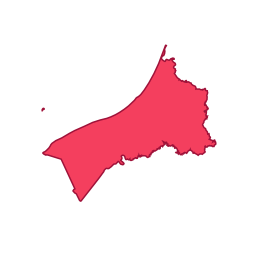 Tamiahua, Veracruz, Mexico (Robinson projection), rotated 225°
{"feature_id": "50627088B25417186263654", "entity_name": "Tamiahua", "entity_type": "district", "adm_level": 2, "iso_a3": "MEX", "parent_name": "Mexico", "parent_adm1": "Veracruz", "projection": "robinson", "projection_center": [-97.548, 21.34], "detail": "fine", "context": "isolated", "style": "filled", "palette": "rose", "viewbox_px": 256, "rotation_deg": 225, "n_neighbors": 0, "source": "geoboundaries", "source_scale": "gbopen_adm2", "svg_char_len": 5792}
<svg xmlns="http://www.w3.org/2000/svg" viewBox="0 0 256 256"><g transform="rotate(225 128 128)"><path d="M70.4,148.9L70.4,149.1L70.9,148.7L71.0,148.9L70.9,149.6L70.9,150.0L70.5,150.5L70.6,150.8L69.8,151.3L68.9,151.4L69.0,152.0L68.7,152.1L69.2,154.5L69.0,155.3L68.5,155.8L68.8,156.7L68.4,156.4L67.1,156.9L64.9,156.7L64.4,157.1L64.4,156.6L64.1,156.3L63.2,157.3L59.9,158.3L59.1,158.3L59.0,159.8L58.6,160.7L57.5,161.7L56.9,161.9L56.7,164.0L56.4,164.9L56.6,165.7L57.5,165.8L58.5,167.0L58.8,167.1L58.8,167.4L59.1,167.5L59.6,168.7L60.6,169.4L60.6,169.8L59.5,169.7L58.8,170.2L58.6,170.4L58.6,171.2L58.7,172.0L58.4,172.2L58.0,173.2L57.3,173.3L56.5,174.5L55.7,174.5L55.5,174.8L54.9,174.8L54.7,175.2L54.3,175.3L54.3,175.2L54.1,175.7L54.8,177.2L54.4,178.3L54.9,179.1L56.1,180.0L56.4,180.1L57.2,179.4L57.5,180.4L58.2,180.7L58.7,179.6L58.0,179.1L58.4,179.0L58.4,178.4L58.9,179.2L60.9,178.1L61.1,178.2L62.6,177.5L62.8,179.2L63.1,179.6L63.6,179.8L64.3,179.5L66.7,181.2L67.2,180.1L69.2,181.4L71.2,181.6L72.8,182.4L74.6,182.0L76.5,182.7L77.3,182.8L77.8,183.4L78.4,185.7L79.0,186.3L79.5,187.7L79.3,188.1L79.6,189.0L79.2,189.6L79.6,189.7L79.3,190.0L79.5,190.0L79.6,190.4L79.2,190.5L79.4,191.5L79.8,191.6L80.0,192.0L80.1,191.6L80.3,191.6L80.6,191.9L80.5,192.4L81.2,192.1L80.9,191.8L81.0,191.6L81.6,192.1L82.3,192.2L82.4,192.9L82.9,193.6L83.6,194.2L84.0,194.2L84.1,194.6L83.9,194.8L84.1,195.0L84.6,195.0L85.1,194.3L85.0,193.9L85.1,193.6L85.8,193.7L86.0,194.1L85.4,195.0L85.4,195.6L85.1,195.6L85.1,196.7L84.9,196.8L84.9,198.0L85.4,198.2L85.3,198.5L86.3,198.8L86.3,198.2L88.9,199.4L89.3,198.9L89.8,199.3L90.0,198.5L90.4,198.7L90.7,199.2L91.0,199.4L91.1,200.0L91.6,200.5L91.3,201.1L91.4,201.3L91.7,201.2L91.7,201.6L91.5,201.9L92.0,202.8L92.2,203.9L94.2,206.1L95.1,206.5L95.5,207.1L96.3,208.8L96.9,209.5L97.4,209.7L98.3,210.4L99.5,209.5L100.1,209.6L100.9,210.4L101.5,210.4L102.0,208.2L102.3,208.2L102.3,207.6L102.8,207.5L103.1,207.0L103.6,206.6L105.3,205.9L106.0,204.9L107.3,204.0L107.5,203.6L108.1,204.3L109.6,205.0L110.1,205.0L112.0,204.2L113.6,203.9L114.1,203.9L115.1,204.4L115.9,203.9L117.7,203.5L118.3,202.9L118.7,202.0L119.0,201.7L119.3,201.9L119.2,202.3L120.4,202.7L120.6,202.4L120.5,201.8L120.0,201.5L120.0,200.9L120.4,200.7L120.3,201.2L120.8,201.1L121.0,200.6L121.8,200.3L122.1,200.0L122.9,200.0L123.2,199.0L123.8,199.1L124.5,198.8L125.9,198.9L126.0,198.4L126.3,198.8L128.7,198.4L133.8,199.4L134.0,200.8L134.8,201.7L134.7,202.3L135.1,202.5L135.7,202.4L136.3,203.2L137.8,202.8L138.8,203.2L139.2,204.2L139.0,206.1L139.5,206.7L140.6,207.1L142.5,206.7L144.7,207.0L145.1,207.3L145.2,207.8L144.0,209.2L144.3,209.6L144.7,209.7L145.7,209.2L146.5,207.6L146.7,207.0L146.6,205.5L146.8,204.9L148.7,204.1L149.3,203.7L149.4,203.2L148.9,201.8L149.0,201.2L149.3,201.0L151.5,200.5L153.1,200.6L153.8,201.1L154.4,202.4L154.5,203.2L154.0,204.5L154.7,206.4L156.3,208.5L157.0,208.8L158.0,209.8L158.8,212.0L159.1,213.4L159.4,213.4L159.6,213.1L160.1,213.1L160.3,213.0L160.0,213.0L159.9,212.8L160.1,212.6L159.8,212.8L151.9,195.3L148.1,184.9L145.1,174.6L143.3,166.2L142.6,160.7L142.7,158.6L143.1,156.4L143.7,156.4L143.2,156.4L143.5,155.8L143.8,155.8L143.5,155.7L143.0,152.2L143.2,144.0L143.9,138.5L145.0,133.0L146.2,128.6L148.0,123.7L149.8,119.8L153.3,114.0L156.9,107.0L160.0,98.5L163.9,88.4L165.6,82.8L167.8,74.2L170.1,68.0L170.9,63.3L170.7,61.5L170.2,60.1L169.8,57.9L169.8,54.3L170.0,52.5L170.6,51.0L170.6,50.3L170.3,50.0L169.9,50.0L168.8,50.1L168.4,50.4L168.1,50.3L167.2,50.9L166.9,50.8L166.5,51.5L165.6,52.2L153.2,58.7L122.5,47.4L122.8,46.0L122.4,44.6L119.9,44.4L117.9,44.9L111.2,42.6L110.4,42.6L109.7,42.9L109.6,43.4L113.0,71.4L114.3,80.1L114.9,81.2L115.0,83.2L114.9,83.8L114.6,84.3L113.3,85.2L112.9,86.0L112.5,88.9L112.5,92.4L111.2,94.1L111.3,97.4L110.6,97.7L108.2,97.3L107.3,97.4L105.9,98.2L105.4,99.0L105.5,99.5L105.7,100.0L106.3,100.2L108.0,100.2L110.1,99.9L110.3,100.1L110.4,101.3L110.6,102.0L111.7,102.9L112.8,103.3L112.9,104.0L112.8,104.5L112.5,105.0L111.8,105.5L111.0,105.7L109.9,105.4L108.3,104.5L107.3,104.2L106.6,104.8L106.5,105.6L104.9,106.1L104.7,106.7L104.8,107.4L104.0,106.8L103.0,107.1L102.6,107.7L102.0,109.2L102.5,110.0L101.8,110.8L101.8,112.2L101.3,112.6L100.7,112.4L100.0,113.2L101.1,115.7L100.8,116.1L101.0,116.4L99.8,115.8L99.8,116.4L100.3,116.5L99.9,117.0L99.0,116.6L99.1,117.5L98.6,117.4L98.5,118.3L97.9,118.2L98.4,118.5L97.8,118.7L97.7,118.9L97.9,119.0L95.8,120.8L93.5,120.9L93.1,121.3L93.0,122.4L92.6,123.0L92.5,123.4L92.7,123.9L92.6,123.6L93.7,123.8L93.7,124.4L93.3,124.4L93.0,125.2L93.7,125.2L93.6,126.5L93.9,126.7L93.6,127.9L93.4,127.9L93.3,128.6L94.3,128.8L94.2,129.6L93.9,130.2L93.4,129.8L93.2,130.4L92.5,130.0L92.8,130.2L92.1,133.2L92.1,133.4L92.4,133.4L92.7,133.8L92.3,134.5L91.3,135.1L91.4,135.6L91.6,135.4L91.9,135.6L91.9,136.1L92.1,136.3L91.8,136.7L91.4,136.2L90.9,135.8L90.8,136.1L91.3,137.0L91.9,137.4L91.9,138.5L91.3,139.0L91.2,139.5L90.3,139.3L90.3,139.5L90.8,139.7L90.4,142.5L91.4,142.4L92.2,142.9L93.6,143.3L93.1,143.5L92.2,143.4L91.3,144.3L90.9,144.2L90.9,144.9L90.7,145.1L90.3,144.8L90.3,144.2L89.6,144.8L89.0,144.6L88.7,143.7L88.4,143.8L88.3,144.5L87.9,144.1L88.2,143.7L88.2,143.4L87.7,143.5L87.0,144.4L86.8,144.4L87.1,143.6L86.8,143.5L86.2,144.3L86.1,145.0L85.2,145.3L84.7,146.5L84.7,147.4L83.7,147.9L83.5,147.6L83.7,147.2L83.1,146.8L82.4,147.8L82.1,147.8L81.6,147.7L81.3,147.1L80.6,146.8L80.3,147.3L80.4,148.0L79.5,148.1L77.6,147.6L77.2,147.1L76.8,147.1L76.6,146.9L76.3,146.9L76.0,147.3L75.4,146.7L74.8,146.7L75.2,146.2L75.9,146.1L76.8,144.9L76.9,144.6L76.3,144.5L76.1,144.9L75.0,145.5L74.0,145.2L74.1,146.2L73.4,146.3L72.1,146.2L71.8,146.8L70.9,147.2L71.1,147.5L71.6,147.6L71.6,147.8L71.4,147.9L71.3,148.4L70.4,148.9ZM201.5,82.3L201.9,81.7L201.8,80.7L201.4,79.9L201.0,79.7L201.1,80.6L200.6,82.0L200.8,82.3L201.5,82.3Z" fill="#f43f5e" stroke="#9f1239" stroke-width="1.5"/></g></svg>